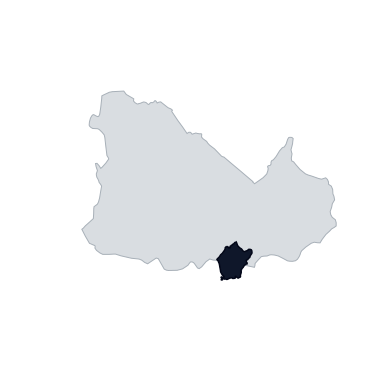 location of Kossi within Burkina Faso, rotated 221°
{"feature_id": "BFA-2802", "entity_name": "Kossi", "entity_type": "Province", "adm_level": 1, "iso_a3": "BFA", "parent_name": "Burkina Faso", "parent_adm1": "", "projection": "robinson", "projection_center": [-3.893, 12.938], "detail": "fine", "context": "in_parent", "style": "filled", "palette": "ink", "viewbox_px": 384, "rotation_deg": 221, "n_neighbors": 0, "source": "natural_earth", "source_scale": "10m", "svg_char_len": 5173}
<svg xmlns="http://www.w3.org/2000/svg" viewBox="0 0 384 384"><g transform="rotate(221 192 192)"><path d="M273.9,239.5L265.4,239.9L262.3,240.9L260.4,240.9L260.4,240.1L260.1,239.5L249.4,236.6L241.8,234.9L234.1,232.9L233.7,234.8L232.6,235.9L231.0,236.0L229.8,235.7L229.0,237.1L227.8,239.0L226.0,239.9L224.3,241.0L223.3,242.0L222.6,242.0L220.8,239.7L218.5,239.4L214.1,239.8L212.2,239.2L209.5,238.9L203.2,239.3L193.1,238.4L191.5,238.9L191.0,239.3L181.1,239.4L170.1,239.6L160.9,239.7L152.8,239.8L152.8,239.4L150.2,239.3L150.0,240.1L147.7,249.5L147.4,254.6L148.7,257.8L150.0,259.8L151.6,260.7L151.7,261.8L150.5,263.3L150.6,264.8L152.0,266.4L152.4,268.0L151.7,269.7L151.8,273.9L152.9,280.4L152.9,284.6L151.9,286.6L152.4,289.9L154.4,294.6L154.7,296.6L154.0,297.5L152.4,298.7L150.7,298.7L148.8,295.8L147.9,294.6L146.4,291.7L145.0,288.8L143.2,287.5L141.5,286.4L139.3,282.7L137.2,280.9L135.0,281.4L131.8,280.8L125.3,279.9L118.4,280.1L115.5,281.0L112.7,282.3L105.4,285.2L102.6,286.7L100.4,290.4L98.0,290.3L95.5,289.1L94.0,287.4L90.7,287.8L87.5,286.2L84.4,283.0L82.1,281.9L79.2,279.6L78.4,275.2L76.6,272.1L74.9,267.9L72.4,265.9L69.6,264.9L65.6,265.1L63.0,263.4L60.9,260.9L61.4,258.7L62.4,255.7L62.5,252.7L63.1,247.9L62.7,241.8L62.0,237.6L64.2,235.9L66.8,234.3L68.4,231.5L70.0,225.1L70.7,219.5L70.2,217.5L69.4,215.8L68.7,213.4L68.3,210.5L68.8,208.0L70.7,205.6L73.1,203.7L74.8,202.7L79.4,201.7L85.0,200.3L88.3,198.6L90.7,196.9L92.0,195.6L93.4,192.9L95.6,190.8L97.3,188.7L97.5,182.9L97.5,179.5L96.2,177.7L95.5,176.1L103.9,171.5L104.0,168.3L102.8,164.7L101.2,161.8L100.6,159.2L102.9,156.3L105.0,154.1L106.5,152.2L109.8,149.3L113.2,148.5L116.3,149.6L125.5,156.4L127.1,156.8L129.0,156.3L131.4,154.5L134.6,153.1L135.7,148.6L135.6,141.9L136.3,138.9L138.0,138.3L143.2,139.6L144.6,139.7L146.1,139.3L147.3,138.1L147.2,135.9L147.0,134.0L148.7,127.8L151.8,123.2L158.2,117.4L160.1,116.2L162.4,115.6L173.8,119.6L175.7,118.6L178.4,108.7L181.5,107.8L185.2,107.6L187.6,106.8L188.8,106.1L194.2,102.3L203.8,97.2L208.9,95.0L209.9,94.2L213.6,90.6L218.4,86.4L221.5,85.6L225.8,85.3L228.5,86.0L229.2,87.2L230.1,87.8L235.7,86.0L243.8,88.8L250.7,91.6L250.3,93.3L250.3,96.4L249.7,101.3L249.0,107.2L251.9,111.0L255.3,115.1L256.3,116.7L255.4,120.7L256.0,123.1L257.9,127.0L261.0,132.0L264.1,137.2L266.3,137.9L268.4,138.3L269.7,139.2L271.6,140.1L273.4,140.7L275.0,141.8L276.1,142.9L277.4,146.1L281.0,148.2L283.5,150.2L282.5,151.3L279.4,150.9L276.4,150.0L276.1,151.5L276.0,157.3L276.5,162.2L277.2,162.8L280.1,163.7L287.1,170.0L293.5,175.9L295.7,177.5L299.2,178.1L303.1,178.3L304.8,177.8L308.6,174.8L310.6,174.4L312.5,174.5L313.5,175.0L315.3,177.5L317.1,181.2L317.6,183.9L317.4,185.4L316.9,185.9L313.7,186.6L312.4,187.2L312.1,188.0L312.5,189.8L313.2,191.0L316.6,196.3L321.6,203.5L323.1,205.4L322.3,207.5L319.8,213.1L317.9,215.5L309.7,223.4L305.6,222.5L297.1,224.1L295.8,222.3L293.8,222.0L291.3,222.4L290.4,223.1L290.2,223.8L289.3,224.9L287.7,228.1L286.5,228.9L285.0,229.4L283.1,229.3L282.0,229.7L282.0,231.3L281.7,232.7L280.5,233.3L279.9,234.9L280.0,236.4L279.3,237.0L277.7,236.7L276.7,236.3L275.9,238.2L274.7,239.5L273.9,239.5Z" fill="#d9dde1" stroke="#a8b0b8" stroke-width="1"/><path d="M112.2,144.9L112.3,144.9L112.4,145.0L112.6,145.3L112.8,146.1L112.9,146.3L113.2,146.4L114.0,146.6L114.1,147.1L113.9,147.3L113.6,147.3L113.3,147.4L112.7,148.1L112.4,148.3L112.0,148.8L112.4,149.1L113.2,149.4L113.8,149.4L114.5,149.3L115.0,149.4L116.1,149.9L117.5,150.3L118.1,150.6L120.6,152.8L122.1,153.9L124.8,156.2L125.0,156.3L125.5,156.2L125.7,156.3L126.2,156.9L126.5,157.1L127.5,157.2L128.9,157.4L129.0,157.7L129.0,158.2L128.8,161.0L129.2,163.4L128.9,165.6L129.3,169.7L129.7,170.8L130.2,171.6L130.4,171.8L130.3,173.2L129.9,173.2L129.5,173.4L129.3,173.6L129.2,174.2L128.9,174.2L128.3,174.0L127.4,174.0L127.2,174.4L127.2,174.6L126.6,174.9L126.7,175.3L126.9,175.6L127.4,175.8L127.6,176.0L127.5,176.5L127.2,177.1L127.1,177.4L127.3,177.7L127.2,178.0L126.8,178.4L126.8,178.8L126.9,179.1L126.8,179.4L126.7,179.7L126.8,179.7L126.8,179.9L126.4,180.2L126.4,180.6L126.6,181.6L126.5,182.1L126.0,182.6L125.9,183.3L124.9,182.9L122.8,181.7L121.5,181.3L119.0,181.2L117.4,181.5L116.6,181.4L115.6,181.1L114.4,181.0L113.4,181.3L112.9,181.9L112.6,182.8L111.8,184.1L111.7,184.9L111.7,185.2L111.7,185.5L111.6,185.9L111.2,186.3L110.4,186.9L109.3,187.3L108.5,187.0L107.1,185.8L106.5,184.8L106.4,183.4L106.1,181.8L105.6,180.9L105.5,180.3L105.7,179.5L105.7,178.1L105.6,177.4L105.9,176.9L106.3,176.5L106.3,175.9L105.6,175.5L105.1,174.9L104.6,174.6L104.0,174.7L103.3,174.0L103.4,173.9L103.7,173.5L104.4,171.0L104.4,170.6L104.0,168.8L104.1,166.7L103.9,165.7L103.3,164.8L102.3,163.9L101.9,163.2L101.0,161.1L100.0,160.1L99.8,159.7L99.8,159.3L100.0,158.9L100.2,158.6L100.6,157.4L101.2,157.1L103.3,157.2L103.7,157.1L103.9,156.8L103.8,156.4L103.1,156.0L102.9,155.6L103.1,155.1L103.6,154.4L104.2,153.8L104.7,153.4L105.0,153.4L105.3,153.4L105.6,153.5L106.0,153.2L106.6,152.4L107.1,151.5L107.7,150.0L108.0,149.3L108.6,148.7L108.8,148.6L109.7,148.3L110.0,148.1L110.5,147.4L110.9,147.3L111.3,147.1L111.8,146.8L112.2,146.3L112.4,146.0L112.1,145.8L111.7,145.8L111.5,145.6L112.0,145.0L112.1,144.9L112.2,144.9Z" fill="#0f172a" stroke="#020617" stroke-width="1.5"/></g></svg>